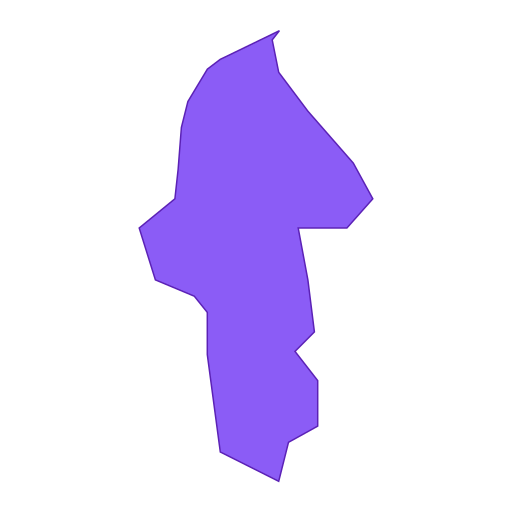 outline of Jung-gu, Daejeon, South Korea
{"feature_id": "91817680B30301323398004", "entity_name": "Jung-gu", "entity_type": "district", "adm_level": 2, "iso_a3": "KOR", "parent_name": "South Korea", "parent_adm1": "Daejeon", "projection": "albers", "projection_center": [127.417, 36.272], "detail": "fine", "context": "isolated", "style": "filled", "palette": "violet", "viewbox_px": 512, "rotation_deg": 0, "n_neighbors": 0, "source": "geoboundaries", "source_scale": "gbopen_adm2", "svg_char_len": 473}
<svg xmlns="http://www.w3.org/2000/svg" viewBox="0 0 512 512"><path d="M279.4,30.7L224.3,57.4L220.3,59.3L207.4,69.1L187.9,101.5L181.4,127.4L178.1,169.6L174.9,198.8L139.2,228.0L155.4,279.9L194.3,296.2L207.3,312.4L207.3,354.6L220.3,452.0L278.7,481.3L288.5,442.3L317.7,426.1L317.7,380.6L295.0,351.4L314.4,331.9L307.9,280.0L298.2,228.0L346.9,228.0L372.8,198.8L353.3,163.1L307.9,111.2L278.7,72.3L272.2,39.9L279.4,30.7Z" fill="#8b5cf6" stroke="#5b21b6" stroke-width="1.5"/></svg>